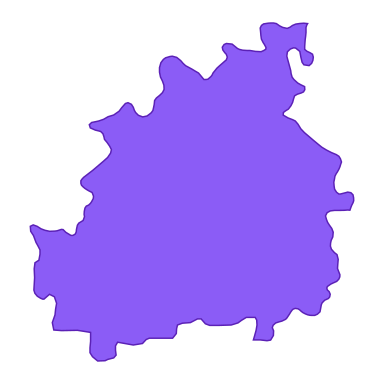 Slawharad, Mogilev, Belarus
{"feature_id": "67162791B95045439516357", "entity_name": "Slawharad", "entity_type": "district", "adm_level": 2, "iso_a3": "BLR", "parent_name": "Belarus", "parent_adm1": "Mogilev", "projection": "mercator", "projection_center": [30.947, 53.462], "detail": "fine", "context": "isolated", "style": "filled", "palette": "violet", "viewbox_px": 384, "rotation_deg": 0, "n_neighbors": 0, "source": "geoboundaries", "source_scale": "gbopen_adm2", "svg_char_len": 4483}
<svg xmlns="http://www.w3.org/2000/svg" viewBox="0 0 384 384"><path d="M44.0,299.1L49.5,294.3L54.4,296.8L56.6,303.3L55.6,309.1L55.0,314.9L52.3,322.6L53.8,330.0L61.5,330.6L77.4,330.3L90.6,332.4L90.6,341.3L90.0,347.8L90.0,352.7L92.5,356.7L97.7,361.0L99.6,360.9L105.1,360.7L107.8,359.4L113.7,357.9L116.1,355.1L115.5,350.2L115.5,345.9L117.6,342.2L126.5,343.8L133.3,345.0L142.5,343.5L146.2,339.5L149.3,338.2L154.5,338.2L164.0,338.2L172.6,338.2L176.3,333.6L176.6,328.7L177.5,325.0L182.4,323.2L190.4,322.6L197.5,318.9L201.1,318.9L205.4,323.8L209.7,325.4L218.3,325.4L231.2,325.0L238.0,322.9L241.4,320.4L246.3,317.4L249.9,317.4L255.2,317.4L256.7,320.1L257.0,325.0L256.1,330.3L254.6,335.8L253.4,339.9L255.7,339.9L260.1,339.9L267.0,340.7L270.6,340.1L273.4,335.5L273.6,330.8L272.3,327.7L273.1,325.3L275.6,323.0L278.9,321.9L281.9,321.1L285.6,319.3L286.8,318.1L288.4,315.7L289.6,313.9L290.6,312.2L292.1,310.1L293.2,309.1L295.2,308.4L298.0,308.8L299.6,309.8L301.2,311.3L302.9,312.6L305.4,313.9L307.7,314.8L310.0,315.3L311.9,315.4L314.7,315.4L317.4,314.2L320.0,311.8L320.5,309.2L321.3,304.8L322.1,302.9L324.7,300.2L328.4,298.5L329.7,296.9L330.2,294.2L329.1,291.6L327.3,289.9L326.8,288.0L327.4,286.5L330.6,284.2L333.3,282.9L336.7,281.4L338.8,279.2L339.8,276.9L339.9,274.7L338.5,271.1L337.5,268.5L337.8,264.0L338.2,259.4L337.0,254.6L334.4,252.6L331.4,249.2L330.4,246.1L330.6,243.0L331.2,240.3L332.8,236.9L333.2,232.2L331.8,228.5L329.3,225.0L327.6,222.3L326.5,219.5L325.5,215.9L327.1,212.7L330.3,210.9L334.5,210.4L338.8,210.4L344.1,210.3L347.8,210.0L349.9,210.2L351.0,207.1L351.8,205.1L353.0,202.8L353.7,200.7L353.6,197.8L353.0,194.8L350.9,192.7L347.7,192.1L345.6,192.7L344.0,193.1L340.4,194.0L338.9,194.0L336.6,192.3L334.6,189.2L334.1,186.0L333.8,182.2L334.5,178.9L334.9,176.3L336.2,173.7L337.4,171.9L339.0,169.0L340.0,166.6L340.7,164.2L341.5,162.0L340.4,158.7L338.9,156.3L336.3,154.6L331.5,152.6L326.4,150.0L321.8,147.2L318.1,144.2L314.0,140.8L309.2,136.7L304.4,132.6L300.8,128.8L298.0,124.2L295.3,121.0L292.7,119.7L288.0,117.9L283.2,115.1L283.4,112.5L285.6,110.8L288.4,109.1L290.9,105.8L292.6,102.4L293.7,98.4L294.6,95.8L297.4,94.2L301.2,93.0L303.5,91.9L304.8,89.7L304.6,86.6L300.5,84.6L297.7,83.0L293.9,79.5L292.1,77.1L291.1,73.6L290.7,70.5L289.8,67.2L288.6,62.8L287.6,59.2L286.8,56.1L287.4,51.8L290.4,49.0L293.7,47.8L295.7,48.1L299.8,51.4L300.4,54.6L300.9,57.3L302.1,62.3L303.9,64.8L309.1,65.6L311.6,63.4L312.9,60.4L313.3,57.1L312.5,54.2L310.0,52.7L307.0,51.3L304.7,49.4L304.7,46.4L304.9,43.4L305.2,39.5L305.6,36.6L306.0,32.5L306.0,27.4L306.8,25.0L307.6,23.6L303.8,23.2L299.8,23.5L295.7,24.1L292.4,25.5L290.2,27.1L287.2,28.4L282.7,27.4L279.5,25.8L276.4,23.6L273.5,23.0L271.0,23.0L268.1,23.2L263.6,23.9L261.5,25.4L260.2,28.0L260.6,32.0L260.9,35.5L261.4,39.1L263.1,42.5L264.4,44.5L266.0,47.5L265.8,49.2L264.0,50.4L261.1,51.7L255.4,51.4L250.0,50.5L247.2,50.5L242.7,50.2L239.4,49.4L237.5,48.5L234.2,45.8L232.1,44.1L226.4,43.5L224.1,44.5L222.3,47.2L222.8,49.9L224.8,52.7L226.3,54.3L227.3,57.1L226.3,59.9L225.1,60.9L222.5,63.2L219.4,65.9L216.9,68.2L214.9,70.7L213.1,72.9L212.0,75.2L210.9,76.6L207.9,79.2L206.1,79.5L203.9,79.5L201.1,76.1L198.5,73.0L195.7,71.4L191.9,69.1L188.4,67.2L185.6,65.7L183.2,63.5L180.7,60.6L176.7,57.4L172.3,56.2L170.0,56.5L165.6,57.8L163.4,59.4L160.9,62.7L159.5,67.6L159.5,72.2L160.5,77.1L162.5,81.2L163.9,85.2L164.1,89.4L162.5,92.6L159.6,95.4L156.4,98.0L154.6,100.5L154.2,104.5L153.6,107.4L152.9,110.5L151.3,112.7L149.2,114.4L147.0,116.0L142.7,116.9L138.4,115.3L135.6,112.5L134.3,110.2L133.3,107.3L131.4,104.3L128.0,102.7L125.4,103.5L121.7,107.7L119.1,111.2L113.7,115.0L108.1,116.7L103.6,119.3L98.7,121.0L95.0,121.8L91.6,122.5L91.1,123.0L89.3,124.7L90.3,127.9L95.3,130.1L98.6,130.9L100.7,131.5L102.9,133.7L103.9,136.6L104.5,139.4L107.1,142.5L109.6,146.1L111.4,149.6L110.6,153.1L107.6,157.5L102.9,161.7L92.8,170.3L83.7,177.3L82.1,179.0L80.9,180.7L80.9,183.4L81.5,185.2L82.9,186.7L84.9,188.4L87.2,189.9L89.3,191.1L92.1,192.5L93.5,196.1L93.3,198.5L91.6,201.7L90.5,203.3L88.6,205.1L86.3,206.1L85.0,208.0L84.3,211.2L84.1,214.4L84.5,216.7L83.1,220.5L78.8,223.1L77.4,225.2L76.5,229.2L76.2,232.0L75.3,234.0L73.0,235.4L70.9,235.4L65.8,232.3L63.1,229.6L61.4,229.4L57.1,230.8L54.8,231.1L49.6,231.3L45.0,230.3L41.0,228.8L37.1,226.3L33.2,224.9L30.3,226.3L30.7,231.3L33.5,235.6L36.0,242.4L37.8,245.6L40.0,249.9L40.0,254.2L38.9,260.2L35.0,262.7L34.2,268.8L34.6,277.6L33.9,290.1L34.9,293.3L37.3,296.2L40.5,298.2L42.6,299.1L44.0,299.1Z" fill="#8b5cf6" stroke="#5b21b6" stroke-width="1.5"/></svg>